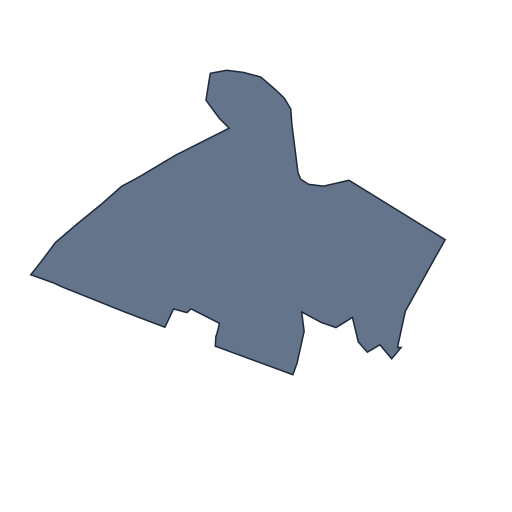 the district of Mirzaabad, Sirdaryo, Uzbekistan, rotated 126°
{"feature_id": "79887680B49500838680737", "entity_name": "Mirzaabad", "entity_type": "district", "adm_level": 2, "iso_a3": "UZB", "parent_name": "Uzbekistan", "parent_adm1": "Sirdaryo", "projection": "orthographic", "projection_center": [68.617, 40.481], "detail": "fine", "context": "isolated", "style": "filled", "palette": "slate", "viewbox_px": 512, "rotation_deg": 126, "n_neighbors": 0, "source": "geoboundaries", "source_scale": "gbopen_adm2", "svg_char_len": 827}
<svg xmlns="http://www.w3.org/2000/svg" viewBox="0 0 512 512"><g transform="rotate(126 256 256)"><path d="M135.1,400.4L159.3,388.1L166.2,366.7L168.4,352.9L221.4,380.2L261.9,397.6L278.6,405.7L305.2,411.6L334.5,419.4L362.9,426.2L387.2,426.5L403.6,427.2L396.7,403.6L394.8,393.9L378.0,327.5L367.2,287.8L347.3,291.6L342.4,278.6L336.9,277.5L332.0,246.1L335.7,244.4L341.8,242.0L344.8,241.1L352.9,235.9L330.4,156.4L318.5,159.8L288.8,172.7L274.4,186.1L271.4,164.0L266.9,149.2L249.0,141.9L263.3,125.2L265.4,122.7L268.4,109.4L255.0,103.5L259.4,85.8L244.7,84.8L246.8,87.8L221.6,98.9L212.9,102.7L159.0,109.3L131.6,112.5L140.1,225.4L159.8,242.4L167.1,255.6L167.6,265.0L163.7,271.2L127.9,304.8L116.7,314.2L111.7,325.7L110.1,337.1L108.4,357.3L114.8,374.0L123.0,388.9L135.1,400.4Z" fill="#64748b" stroke="#1e293b" stroke-width="1.5"/></g></svg>